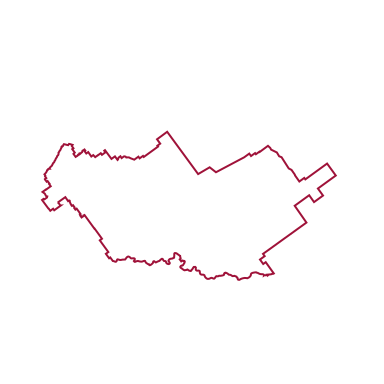 Chapman Valley, Western Australia, Australia, rotated 54°
{"feature_id": "25037944B4139819915576", "entity_name": "Chapman Valley", "entity_type": "district", "adm_level": 2, "iso_a3": "AUS", "parent_name": "Australia", "parent_adm1": "Western Australia", "projection": "orthographic", "projection_center": [115.126, -28.272], "detail": "fine", "context": "isolated", "style": "outline", "palette": "rose", "viewbox_px": 384, "rotation_deg": 54, "n_neighbors": 0, "source": "geoboundaries", "source_scale": "gbopen_adm2", "svg_char_len": 5940}
<svg xmlns="http://www.w3.org/2000/svg" viewBox="0 0 384 384"><g transform="rotate(54 192 192)"><path d="M263.2,66.0L248.4,66.0L248.4,92.9L246.6,92.9L246.6,99.0L239.1,98.9L238.4,98.6L232.6,98.5L229.8,99.9L216.5,99.1L214.3,100.5L209.9,100.1L204.2,103.1L202.3,102.8L199.3,103.4L199.4,113.7L199.0,113.7L199.0,118.1L197.6,118.1L197.6,123.1L194.6,123.1L194.6,129.4L190.1,161.0L182.4,163.2L181.1,176.5L128.7,176.7L128.8,189.3L134.2,189.3L134.2,192.8L135.3,192.8L135.3,210.4L134.0,210.4L134.0,214.6L131.9,214.6L131.9,219.7L128.7,221.8L126.9,222.7L125.4,224.9L124.5,224.9L124.3,225.0L123.3,225.9L123.2,226.2L123.2,229.0L121.0,228.9L121.0,231.0L121.2,231.5L122.2,232.8L122.3,233.4L117.9,233.4L117.9,237.7L107.0,237.8L107.0,238.7L109.0,238.7L109.0,243.0L107.0,243.0L107.0,246.7L106.9,246.7L106.9,249.8L104.1,250.2L104.1,252.6L98.7,252.5L98.7,254.9L95.7,254.9L95.7,254.0L94.4,254.0L94.4,255.5L94.2,256.1L94.2,256.3L95.2,257.5L95.1,258.6L95.3,259.1L95.4,260.7L94.7,260.7L95.2,261.9L95.3,262.9L95.1,262.9L95.2,263.2L95.3,263.8L95.2,265.5L91.5,265.5L91.2,263.7L86.9,263.7L86.9,263.3L87.1,263.0L87.0,262.2L84.2,262.2L83.7,260.9L81.7,262.4L80.8,263.2L81.3,264.7L78.0,267.5L78.2,268.2L78.9,269.3L79.0,270.2L78.9,270.4L78.6,270.6L78.7,270.9L78.8,270.9L78.9,270.6L79.0,270.6L79.3,271.4L79.2,271.5L79.7,272.1L80.3,273.3L80.6,273.7L80.8,274.2L80.8,274.7L81.0,275.0L81.2,275.6L81.4,275.8L81.8,277.0L82.7,277.5L83.5,278.6L83.6,279.5L83.7,280.0L84.3,280.7L85.0,282.6L86.0,284.2L86.2,285.1L86.8,285.9L87.0,286.6L87.0,287.3L87.1,287.6L87.3,288.0L87.6,288.3L87.8,289.0L88.3,289.6L88.7,292.6L88.9,293.0L89.0,293.4L89.6,293.4L89.3,293.9L89.2,293.9L88.9,294.5L88.9,295.0L89.4,295.7L89.4,295.9L89.2,296.3L89.2,296.5L89.7,297.0L90.4,298.4L90.8,299.8L91.0,301.0L92.7,301.1L93.0,301.7L95.1,301.7L95.1,303.5L95.3,303.6L98.3,303.5L98.3,302.4L101.6,302.4L101.6,302.9L104.3,302.9L104.3,308.8L104.1,308.8L104.1,312.9L106.6,312.1L107.4,312.1L109.0,312.4L109.4,312.4L109.8,312.3L110.5,311.7L110.8,312.1L111.2,312.5L111.2,315.7L110.3,316.1L110.3,318.0L120.9,317.9L121.2,317.7L123.9,317.7L123.9,314.2L125.8,314.2L125.8,306.1L125.6,306.4L125.2,306.4L123.1,306.4L122.2,306.6L121.7,306.6L121.6,306.8L121.7,297.5L126.6,297.6L126.6,296.4L127.1,296.1L127.3,296.3L130.1,297.2L131.1,297.1L131.8,297.4L132.7,297.3L132.8,296.0L135.4,296.0L135.7,296.7L137.7,296.7L137.7,295.1L144.1,295.1L144.1,295.8L145.6,295.8L145.6,296.3L147.7,296.3L147.7,293.8L147.2,293.6L147.4,292.5L164.3,292.5L164.3,292.3L176.9,292.3L176.9,295.0L191.4,295.0L191.4,298.0L196.9,298.0L196.9,296.6L201.3,296.6L201.6,296.2L203.4,295.0L203.7,294.4L203.7,294.1L203.5,293.5L202.9,292.6L202.7,292.2L202.8,291.7L204.7,290.2L205.3,289.2L205.9,287.9L207.3,285.8L207.2,285.3L206.6,283.5L206.5,282.9L206.6,281.8L206.9,281.3L207.9,280.7L209.6,280.4L210.0,280.2L211.5,277.9L212.1,277.6L212.5,277.6L213.1,278.2L213.4,278.7L213.7,279.6L214.7,279.5L215.0,279.2L215.4,277.6L216.0,276.3L217.5,275.1L218.6,273.9L219.0,273.2L219.4,271.7L219.9,270.7L220.3,270.5L221.2,270.7L222.0,270.8L222.8,270.6L224.4,270.0L225.2,269.3L225.8,269.5L226.2,269.4L226.5,269.0L226.7,268.0L226.6,266.0L226.4,265.3L225.9,264.7L225.5,264.2L225.5,263.9L225.6,263.5L225.9,263.2L227.4,262.9L227.6,262.8L227.8,262.4L228.0,260.9L228.6,258.7L228.3,257.4L228.3,256.0L228.4,255.5L229.1,255.1L230.3,255.3L231.3,255.2L231.7,254.8L232.2,254.2L232.6,254.0L233.3,254.1L234.0,254.4L235.0,254.4L236.2,253.7L236.5,253.4L236.7,253.1L236.8,252.4L236.5,251.8L236.0,251.6L234.6,251.6L233.9,251.5L233.7,251.3L233.4,250.7L233.2,250.1L233.3,249.8L233.2,249.3L233.4,248.6L233.6,248.3L233.7,248.1L234.4,246.7L234.4,246.1L234.3,245.7L234.6,245.4L234.6,245.1L233.0,243.7L231.6,242.7L231.3,242.2L231.3,241.8L231.5,241.5L232.2,240.8L232.7,240.5L233.5,240.3L233.6,240.2L234.7,239.9L235.5,239.6L236.6,239.3L236.7,239.2L237.0,239.4L237.4,239.6L238.0,239.7L238.5,240.1L239.3,240.4L239.3,241.5L241.8,241.5L241.8,240.1L242.1,240.0L242.6,239.4L242.8,239.5L242.9,239.4L243.2,239.1L243.4,238.7L243.9,238.7L244.1,238.8L244.6,239.4L244.8,239.8L245.0,240.0L245.0,240.3L245.4,241.0L245.7,241.9L245.9,242.3L245.9,243.0L245.5,243.4L245.3,244.2L245.4,244.9L245.7,245.5L246.3,245.7L246.6,245.7L247.7,245.2L248.7,245.0L250.4,244.4L250.9,244.1L251.2,243.5L251.9,242.1L251.9,241.4L252.1,241.2L254.0,240.5L254.7,239.9L255.2,239.4L255.2,239.1L255.1,238.6L254.8,238.3L254.6,236.9L253.9,235.4L253.8,235.0L253.7,234.6L253.9,234.3L254.5,233.4L255.4,233.3L256.3,234.1L257.2,234.6L257.8,234.6L258.6,234.2L259.5,232.8L260.1,232.4L260.4,232.3L260.6,232.4L261.0,232.5L261.9,233.1L262.9,233.4L263.6,233.4L263.9,233.2L264.2,233.0L264.5,232.8L265.6,231.4L266.3,231.0L266.7,230.9L268.0,231.3L269.2,231.3L270.6,231.0L271.4,230.5L271.8,230.0L272.2,229.3L272.4,228.6L272.6,227.4L272.9,226.7L273.6,226.1L274.6,225.6L275.1,225.0L275.1,224.5L274.8,223.3L274.5,222.6L274.4,221.8L275.3,220.8L275.6,220.2L275.7,219.3L276.7,218.0L277.0,217.3L277.5,216.3L277.8,215.2L277.7,214.6L277.1,214.2L276.8,213.7L276.7,213.1L276.9,212.4L277.1,212.2L277.4,212.2L277.5,211.9L278.8,211.2L280.5,210.8L280.7,210.6L281.2,210.0L281.8,209.5L282.7,209.1L283.6,208.8L284.0,208.5L284.4,207.8L284.5,207.5L284.7,207.3L284.9,206.8L286.1,206.2L286.5,205.8L287.7,205.9L287.9,205.7L288.4,205.7L289.7,206.3L290.3,206.0L290.9,205.3L291.0,204.7L291.0,203.8L291.2,203.3L291.2,203.0L291.8,201.3L292.5,199.9L293.3,198.9L294.3,197.9L294.4,197.4L294.6,196.0L294.5,194.8L294.1,193.6L293.1,192.6L292.8,192.0L292.9,190.8L293.7,189.0L294.6,187.4L295.4,187.0L296.1,186.3L296.8,186.1L297.6,185.6L298.3,185.2L299.0,184.5L299.8,183.5L300.2,183.0L300.9,182.6L301.6,182.6L301.8,182.8L301.8,182.5L302.8,181.2L303.4,180.1L303.6,179.9L304.0,179.9L303.9,179.6L304.0,179.4L304.0,179.2L303.5,179.7L303.1,179.7L304.9,176.7L305.2,176.0L305.2,175.9L305.3,175.2L305.6,174.9L305.9,174.4L306.0,173.7L292.1,173.6L292.1,176.7L286.6,176.7L286.6,170.9L283.8,170.9L284.0,117.4L263.5,117.0L263.5,99.1L271.9,99.2L271.9,88.1L263.2,88.1L263.2,66.0Z" fill="none" stroke="#9f1239" stroke-width="2"/></g></svg>